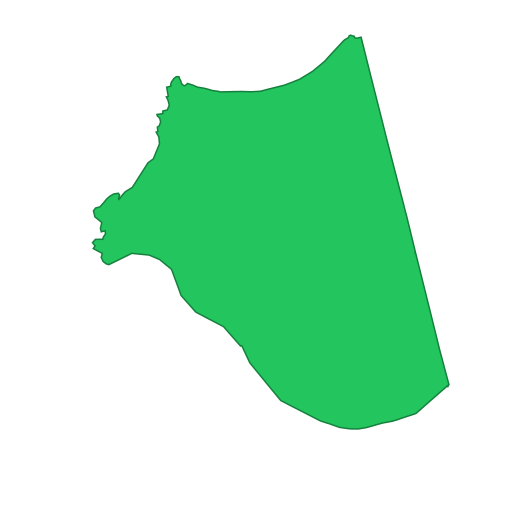 outline of Lower Niumi, North Bank, Gambia, rotated 76°
{"feature_id": "56634734B30137768679203", "entity_name": "Lower Niumi", "entity_type": "district", "adm_level": 2, "iso_a3": "GMB", "parent_name": "Gambia", "parent_adm1": "North Bank", "projection": "natural_earth1", "projection_center": [-16.449, 13.506], "detail": "fine", "context": "isolated", "style": "filled", "palette": "green", "viewbox_px": 512, "rotation_deg": 76, "n_neighbors": 0, "source": "geoboundaries", "source_scale": "gbopen_adm2", "svg_char_len": 2485}
<svg xmlns="http://www.w3.org/2000/svg" viewBox="0 0 512 512"><g transform="rotate(76 256 256)"><path d="M428.7,101.1L427.4,99.9L415.5,100.1L409.9,100.2L403.9,100.3L391.0,100.5L354.0,100.4L336.1,100.4L291.0,100.4L291.0,100.6L290.8,100.4L273.4,100.3L253.2,100.2L248.9,100.3L241.3,100.3L200.5,100.7L170.8,100.9L161.8,100.9L159.8,100.9L101.3,101.1L92.0,101.1L69.1,101.1L69.1,102.4L69.1,105.2L68.2,107.5L66.6,107.5L65.5,109.6L64.7,110.6L64.7,112.1L66.5,113.6L67.6,117.4L68.5,119.2L77.4,132.9L81.5,139.1L83.3,141.6L84.5,144.0L85.7,146.4L90.5,156.5L93.6,166.4L94.5,169.2L95.0,170.5L95.7,175.9L96.1,178.6L97.1,187.0L97.1,192.6L97.1,203.0L97.2,211.8L95.5,220.9L92.9,230.1L91.9,234.4L91.3,237.0L88.1,251.2L87.2,252.5L87.1,252.8L84.6,258.9L83.8,260.1L81.3,264.5L80.7,265.7L78.3,271.2L78.0,271.9L75.1,275.7L72.6,279.7L72.0,280.6L73.6,283.7L72.7,285.3L71.6,286.0L70.7,286.5L69.5,286.6L68.7,286.6L67.8,286.6L67.4,286.7L66.0,287.2L65.6,287.3L63.4,287.4L62.7,289.9L63.9,292.7L66.8,296.0L68.8,297.2L70.6,297.5L70.6,301.8L76.7,302.3L79.9,302.5L79.9,304.5L83.5,303.7L88.8,303.7L92.8,306.7L92.8,306.8L92.8,311.3L95.3,312.0L94.7,317.9L96.0,317.9L99.1,316.1L102.8,316.1L106.2,318.3L107.1,320.6L111.5,321.1L111.6,322.9L116.5,321.6L116.9,321.5L123.8,322.5L136.9,332.1L139.4,338.2L159.5,359.4L162.0,367.2L164.2,370.5L168.0,375.3L167.4,375.6L163.8,373.6L161.8,374.4L161.4,379.2L162.7,383.5L164.2,386.4L164.5,387.0L167.7,391.3L170.6,395.6L170.6,400.0L172.8,402.7L172.9,402.8L179.1,402.8L186.1,397.6L188.8,398.8L191.6,400.3L195.1,400.3L195.1,396.3L198.2,396.7L200.6,399.5L202.7,400.6L201.0,407.8L203.5,411.4L207.3,409.7L209.4,412.1L209.9,411.6L216.3,404.5L219.8,406.5L224.3,405.7L226.2,404.2L227.4,403.3L228.7,401.0L228.8,400.9L227.2,393.4L223.4,375.9L229.2,359.6L236.1,350.4L238.4,348.7L248.1,341.5L248.6,341.2L269.3,338.9L272.7,338.6L276.3,338.2L295.7,328.1L298.3,325.3L306.4,316.2L307.6,314.8L310.5,311.6L311.1,310.9L316.7,304.6L339.6,292.8L339.6,291.5L358.3,287.8L380.2,277.4L380.5,277.3L402.3,266.9L404.3,264.6L409.7,258.5L421.2,245.3L431.5,233.5L431.6,233.4L435.3,227.5L436.7,225.1L437.6,223.8L441.2,218.4L442.6,216.2L445.6,208.8L445.6,208.7L446.0,207.7L446.7,205.9L447.0,204.6L448.5,198.9L449.2,190.9L448.9,180.8L448.8,178.4L448.7,172.9L449.0,168.8L449.2,165.1L449.3,164.4L449.1,158.6L448.8,155.9L448.3,150.1L448.2,148.2L447.8,142.2L447.5,139.0L447.5,138.9L444.0,132.1L443.9,131.9L442.2,128.7L439.0,122.5L432.7,110.3L428.0,101.1L428.7,101.1Z" fill="#22c55e" stroke="#15803d" stroke-width="1.5"/></g></svg>